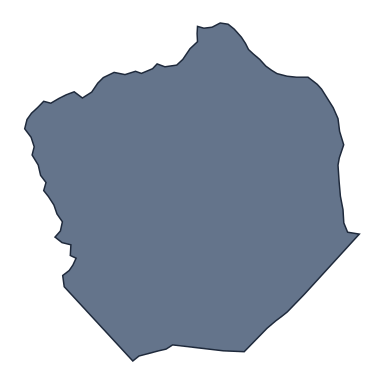 Japurá, Paraná, Brazil (Mercator projection)
{"feature_id": "56859067B24068118556484", "entity_name": "Japurá", "entity_type": "district", "adm_level": 2, "iso_a3": "BRA", "parent_name": "Brazil", "parent_adm1": "Paraná", "projection": "mercator", "projection_center": [-52.551, -23.437], "detail": "fine", "context": "isolated", "style": "filled", "palette": "slate", "viewbox_px": 384, "rotation_deg": 0, "n_neighbors": 0, "source": "geoboundaries", "source_scale": "gbopen_adm2", "svg_char_len": 1140}
<svg xmlns="http://www.w3.org/2000/svg" viewBox="0 0 384 384"><path d="M64.2,286.7L132.8,361.0L139.0,356.0L158.7,350.8L166.1,349.1L172.6,344.9L223.3,350.8L244.2,351.7L267.0,328.3L275.7,320.9L282.2,316.0L287.2,312.0L304.6,294.0L359.3,234.1L347.6,232.2L343.8,222.9L343.0,209.7L340.4,196.2L339.1,181.5L338.0,165.2L339.3,157.9L343.7,144.8L339.6,131.4L338.0,118.6L333.2,107.7L321.6,89.2L317.2,84.3L308.0,77.2L296.4,77.2L287.0,76.2L277.0,73.6L271.6,70.3L265.8,66.1L259.7,59.4L253.2,53.9L248.5,49.5L245.5,43.5L241.4,37.2L234.2,29.1L228.1,24.2L220.2,23.0L212.1,27.2L203.9,28.2L197.5,26.4L197.1,33.6L197.5,41.7L190.1,48.6L182.8,59.4L176.7,65.1L164.9,66.8L157.1,63.9L152.6,68.7L141.4,73.4L135.5,71.3L125.0,74.6L114.1,72.4L103.3,77.6L97.8,83.1L91.7,92.1L82.4,98.0L74.2,91.8L66.4,94.7L59.0,98.4L50.8,103.2L43.7,101.3L37.5,107.7L31.5,113.2L27.0,119.5L24.7,128.8L31.1,137.3L34.2,146.8L32.1,155.0L38.2,165.0L40.6,175.4L46.0,182.5L43.7,190.6L48.4,196.5L53.9,205.0L57.0,214.0L62.4,221.8L60.4,231.0L55.0,237.1L62.0,242.6L70.9,244.8L70.3,255.5L76.1,258.2L72.9,265.1L69.2,270.5L62.7,275.5L64.2,286.7Z" fill="#64748b" stroke="#1e293b" stroke-width="1.5"/></svg>